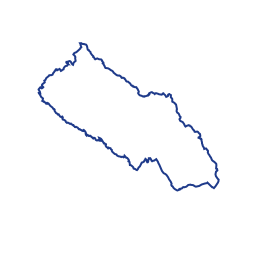 outline of Fray Mamerto Esquiú, Catamarca, Argentina, rotated 327°
{"feature_id": "61730980B86021730445369", "entity_name": "Fray Mamerto Esquiú", "entity_type": "district", "adm_level": 2, "iso_a3": "ARG", "parent_name": "Argentina", "parent_adm1": "Catamarca", "projection": "natural_earth1", "projection_center": [-65.731, -28.34], "detail": "fine", "context": "isolated", "style": "outline", "palette": "blue", "viewbox_px": 256, "rotation_deg": 327, "n_neighbors": 0, "source": "geoboundaries", "source_scale": "gbopen_adm2", "svg_char_len": 5785}
<svg xmlns="http://www.w3.org/2000/svg" viewBox="0 0 256 256"><g transform="rotate(327 128 128)"><path d="M135.4,207.3L137.8,207.8L137.8,207.2L138.3,207.2L140.0,208.0L140.9,207.9L141.5,207.6L142.4,207.8L142.8,208.3L145.0,209.0L147.5,208.6L149.5,209.5L149.6,209.8L151.4,211.3L151.8,211.9L152.1,212.9L153.0,214.2L156.2,215.4L159.0,215.5L162.2,216.4L164.4,217.3L164.9,217.1L166.3,223.4L166.6,223.5L167.3,225.2L169.4,224.6L173.6,222.8L174.8,222.0L175.9,220.6L175.6,219.5L175.5,216.3L176.2,214.4L178.1,212.5L179.8,212.3L180.4,210.9L179.8,210.0L181.9,207.3L182.5,206.0L181.9,203.2L181.6,202.8L181.0,201.0L181.0,200.3L181.5,197.8L181.3,196.8L181.5,194.9L181.3,194.1L181.6,192.0L182.4,191.1L182.7,190.4L182.4,189.4L182.4,187.8L181.8,187.4L180.5,187.1L181.0,185.6L180.9,184.9L181.0,183.4L181.4,182.7L181.6,181.4L182.3,180.2L182.8,178.5L183.4,177.7L183.5,176.9L182.9,176.6L182.9,176.2L181.8,174.6L182.1,174.3L183.7,174.5L184.2,174.2L184.7,173.3L185.1,172.0L184.7,171.3L184.5,169.3L184.1,168.7L182.1,167.8L181.8,167.3L182.1,166.1L181.7,164.7L181.8,161.8L181.7,161.1L181.2,160.6L181.1,159.5L180.5,159.1L180.4,158.7L178.6,158.2L177.0,158.1L176.9,157.0L177.2,155.3L177.1,152.8L175.8,150.7L175.7,150.2L176.0,148.6L177.5,148.1L178.1,147.4L177.9,147.0L177.9,146.0L178.3,144.1L178.2,143.0L177.7,142.0L177.8,140.6L178.7,139.3L179.3,138.9L181.1,134.4L180.7,133.3L180.7,132.3L179.5,130.0L180.9,127.8L181.0,127.2L180.7,126.1L180.7,125.5L181.9,123.8L181.3,122.8L181.2,122.1L180.6,121.9L179.8,121.9L179.0,122.9L178.0,122.9L177.0,122.7L177.1,120.8L176.6,119.2L176.6,118.2L175.9,118.0L175.0,118.4L174.4,118.4L172.4,116.6L171.8,115.6L170.4,114.0L169.7,113.9L168.9,114.1L168.7,113.1L168.0,112.2L167.7,111.2L167.1,110.7L164.7,110.4L164.5,110.5L164.4,111.2L164.2,111.5L163.5,111.6L163.3,111.2L163.0,111.1L162.3,111.7L161.4,111.2L159.9,110.9L159.3,110.4L158.5,110.5L158.3,109.9L157.5,109.5L157.0,108.4L155.9,107.3L155.4,105.8L155.5,104.2L156.3,103.9L156.9,103.3L157.3,100.0L157.1,99.5L157.2,98.3L155.9,97.4L155.3,96.2L154.9,96.2L154.9,95.0L154.2,94.6L154.1,94.2L153.9,93.3L154.1,91.9L153.7,90.9L153.3,89.2L152.2,88.3L152.1,87.9L152.0,87.3L152.2,85.7L151.9,85.1L152.1,84.6L151.8,83.8L151.0,82.9L150.6,82.9L150.0,82.5L150.0,80.7L149.4,79.3L148.6,78.9L148.0,78.2L147.8,78.2L147.3,77.5L146.0,73.5L146.2,72.9L146.1,72.1L145.5,70.6L145.0,70.1L144.6,68.6L143.7,67.0L141.8,65.4L141.9,63.8L142.1,63.4L142.1,61.9L142.4,61.2L142.0,60.2L142.9,59.9L143.0,59.7L142.7,59.0L142.9,58.2L142.7,57.9L143.0,57.2L142.9,56.0L141.1,54.5L140.1,52.9L137.9,52.5L137.7,51.6L137.9,51.0L137.9,49.9L137.5,49.4L138.0,48.8L137.6,47.2L137.5,45.8L137.5,44.7L137.9,43.9L137.4,42.1L137.6,41.5L136.9,40.5L136.9,40.3L138.2,37.0L138.3,35.5L138.1,35.0L137.4,34.4L136.8,33.5L136.4,33.4L135.5,32.6L135.0,31.4L133.9,30.8L133.8,31.9L133.4,32.6L132.9,34.8L131.6,35.0L131.3,35.4L127.9,36.0L125.9,36.3L124.8,36.0L123.3,36.0L122.2,36.6L122.6,38.0L122.6,39.4L122.4,40.0L121.8,40.5L120.6,43.2L118.5,43.5L117.1,44.1L116.8,44.7L116.3,45.1L116.0,44.5L115.9,43.0L116.1,41.5L115.9,40.6L115.4,40.0L113.0,39.4L112.4,39.0L112.0,39.3L111.9,39.8L112.1,40.6L112.4,41.1L112.8,41.3L112.5,41.7L112.6,42.1L112.3,41.9L110.9,42.6L109.5,42.1L108.4,42.1L106.7,42.8L105.9,43.7L104.7,43.5L103.6,43.7L102.8,43.6L102.9,42.5L102.8,41.2L100.1,41.0L100.1,40.4L100.2,39.9L99.6,39.5L98.7,39.8L98.3,40.3L97.2,40.4L96.2,41.0L95.2,41.2L93.7,42.2L92.1,41.8L91.5,41.2L90.4,40.9L90.1,41.2L86.7,41.6L85.7,42.2L85.0,42.7L83.6,42.7L83.5,43.3L83.0,44.4L80.4,44.6L79.7,44.8L79.1,45.2L78.9,45.7L79.2,47.6L78.6,47.8L77.3,47.8L77.0,47.6L76.9,46.2L76.6,46.1L74.1,46.9L73.9,47.1L73.9,49.4L73.4,50.8L72.8,50.0L72.3,49.9L72.2,50.3L72.3,52.0L72.1,54.8L72.8,56.9L72.0,57.7L71.6,58.4L70.9,58.6L71.2,59.1L71.5,60.0L72.0,60.1L72.1,61.1L72.7,61.8L72.6,62.6L73.2,62.6L73.5,63.0L73.4,63.5L73.7,63.5L73.8,63.7L74.3,63.4L74.7,64.2L74.9,67.1L75.8,69.7L75.8,71.4L76.4,71.9L76.5,72.6L75.8,73.4L75.8,76.3L76.4,77.2L76.5,78.6L76.7,78.8L77.3,78.8L77.3,81.2L77.5,81.9L78.1,82.4L79.1,82.6L79.1,83.6L78.5,84.2L78.2,84.2L77.9,85.3L78.7,86.2L79.5,87.8L79.2,89.1L79.6,90.5L80.4,90.6L81.1,91.7L81.4,92.7L82.5,93.2L82.4,93.8L82.9,94.3L83.2,95.5L83.8,95.8L83.6,96.6L84.0,97.6L84.0,98.3L84.6,98.8L85.1,98.8L86.0,100.3L86.1,102.2L86.9,102.6L86.9,103.3L87.9,104.6L87.9,105.1L88.2,105.6L88.9,106.2L89.4,105.5L89.8,105.5L90.2,107.4L90.2,108.1L89.9,109.5L89.5,109.5L89.2,110.2L89.0,110.9L89.2,112.0L89.6,111.9L89.9,111.3L90.4,111.8L90.8,113.4L91.2,113.7L91.9,113.7L92.3,114.1L92.5,115.9L92.8,116.1L93.0,116.7L93.0,117.6L93.1,117.9L94.2,117.7L94.8,118.6L94.5,120.4L94.9,121.3L95.8,121.9L96.3,121.8L97.3,123.2L97.8,123.6L97.9,122.4L98.4,120.5L99.2,121.7L99.5,122.5L99.6,123.6L99.4,127.6L99.8,127.6L100.0,128.2L99.9,128.4L100.0,128.8L100.7,129.6L100.5,130.0L100.0,130.2L99.6,130.6L99.6,132.3L100.0,132.9L100.2,134.2L101.1,133.9L101.5,134.7L102.3,135.4L102.1,136.5L102.5,137.6L102.0,138.3L101.9,139.4L102.7,142.5L103.9,143.9L103.8,145.0L104.6,146.5L105.8,147.6L106.5,148.7L107.0,148.7L107.9,149.3L108.3,150.2L108.8,150.3L110.0,149.3L110.3,151.0L110.3,152.0L111.0,152.6L111.3,154.8L111.0,155.8L110.2,156.1L110.2,156.3L110.8,157.0L110.7,157.5L109.4,160.1L110.1,160.6L110.8,162.6L111.0,163.8L110.9,164.5L110.6,165.0L110.7,165.3L111.7,166.3L112.2,167.7L112.6,168.2L113.8,167.9L115.4,166.9L117.0,166.7L120.7,164.5L121.5,164.8L123.2,164.9L124.0,164.2L124.7,164.1L125.8,163.4L126.3,165.0L125.5,166.2L125.5,167.3L126.0,167.5L126.6,167.2L127.2,166.1L128.2,165.8L129.0,164.7L130.2,165.4L130.2,166.9L129.9,168.1L130.1,169.0L130.7,169.0L132.3,169.6L134.7,169.5L134.7,172.6L134.3,174.3L134.3,175.5L133.1,182.6L133.3,185.3L134.3,187.0L134.7,188.4L134.8,191.2L134.5,193.3L134.6,196.3L134.3,198.1L134.2,198.5L133.6,198.9L133.2,199.7L133.2,200.5L133.6,201.1L133.6,203.3L134.1,204.9L135.1,206.9L135.4,207.3Z" fill="none" stroke="#1e3a8a" stroke-width="2"/></g></svg>